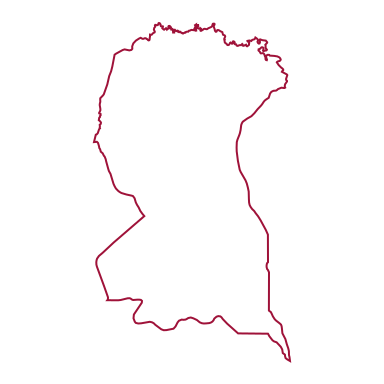 the district of Dambae, Kâmpóng Cham, Cambodia
{"feature_id": "14789045B62933038539463", "entity_name": "Dambae", "entity_type": "district", "adm_level": 2, "iso_a3": "KHM", "parent_name": "Cambodia", "parent_adm1": "Kâmpóng Cham", "projection": "orthographic", "projection_center": [105.919, 12.024], "detail": "fine", "context": "isolated", "style": "outline", "palette": "rose", "viewbox_px": 384, "rotation_deg": 0, "n_neighbors": 0, "source": "geoboundaries", "source_scale": "gbopen_adm2", "svg_char_len": 5785}
<svg xmlns="http://www.w3.org/2000/svg" viewBox="0 0 384 384"><path d="M140.7,37.8L139.3,38.4L135.9,40.6L133.3,43.4L132.2,46.4L132.3,48.8L131.4,49.9L129.4,50.4L124.6,49.4L122.7,50.0L116.0,53.7L114.6,54.7L112.3,66.6L111.1,71.3L109.2,76.1L107.3,84.4L103.8,94.3L103.0,95.4L100.3,98.2L100.2,99.0L100.3,101.9L99.9,103.3L99.7,105.0L100.3,108.5L100.4,110.1L99.8,111.7L99.2,112.6L99.2,113.4L100.6,114.0L100.6,115.4L99.9,116.1L100.0,117.0L99.2,117.8L98.8,120.2L99.6,120.8L100.6,121.9L101.0,122.8L100.6,124.1L99.7,124.8L99.9,126.5L99.7,127.7L100.0,128.3L99.1,129.2L97.8,133.1L96.8,134.3L95.8,134.7L94.0,142.1L96.9,141.8L98.0,142.9L99.0,146.2L99.3,148.0L100.1,149.2L100.8,151.7L102.7,153.3L103.9,155.8L104.6,156.5L105.7,159.2L106.1,161.1L108.3,169.1L108.9,171.0L110.5,173.9L113.5,183.8L114.6,186.2L115.9,188.5L118.2,190.9L119.5,191.9L121.4,193.0L126.4,194.5L131.9,195.7L133.0,196.1L134.6,198.3L135.8,202.4L137.0,204.8L138.7,207.5L140.3,210.9L142.3,213.7L144.3,216.1L113.7,242.5L103.0,252.5L98.9,256.0L97.1,258.6L96.6,260.1L96.3,262.1L96.4,264.6L96.9,266.6L104.2,286.5L108.0,297.3L107.9,299.4L107.3,300.2L118.0,300.3L120.7,300.0L127.6,298.3L129.4,298.2L130.5,298.5L132.0,299.6L133.1,300.0L136.9,299.7L139.5,299.7L140.9,299.9L142.0,300.9L141.8,302.7L133.9,314.5L133.5,318.3L134.8,321.7L135.8,322.9L138.3,323.5L141.2,323.3L149.8,321.8L152.0,322.3L153.7,323.2L155.3,324.8L161.3,329.3L163.7,330.2L166.4,330.1L173.5,328.7L175.5,326.5L177.6,322.4L179.0,320.7L181.7,319.6L183.5,319.8L185.4,319.6L186.4,319.2L188.3,318.0L190.8,317.5L193.3,318.3L196.9,320.0L199.7,322.3L201.8,323.2L203.8,323.5L205.9,323.4L209.2,323.1L210.8,322.6L212.4,321.6L213.5,320.3L214.3,318.6L216.5,316.7L218.3,316.1L220.4,316.4L221.5,317.3L222.8,319.1L227.2,323.7L238.1,333.4L268.0,333.7L269.4,336.3L272.5,340.3L274.0,341.4L276.6,342.3L280.8,346.8L282.2,349.4L282.8,353.1L284.9,354.6L285.1,356.4L285.6,358.1L287.4,359.5L290.0,361.0L289.5,357.1L289.0,355.1L288.9,351.1L288.2,348.2L286.8,344.2L285.4,339.1L282.4,333.3L281.9,328.3L281.6,326.2L281.0,324.6L279.7,323.4L276.1,320.6L274.7,319.2L272.9,316.4L271.5,313.3L270.7,311.9L269.3,311.0L268.9,310.4L269.0,272.3L267.9,269.9L267.1,269.0L266.6,267.0L266.6,265.2L267.0,263.3L268.0,262.2L267.9,234.6L265.8,229.9L260.7,220.5L258.1,216.3L255.6,213.1L254.2,211.0L252.1,209.0L250.6,206.9L249.6,204.9L249.1,202.6L248.9,199.1L248.7,191.6L247.9,187.7L246.8,183.5L245.5,180.3L240.7,172.0L239.7,169.7L237.9,160.8L236.7,151.3L236.6,147.4L236.8,142.1L237.4,139.8L239.3,135.0L239.9,133.2L240.6,130.0L241.2,125.1L241.8,123.4L242.8,121.7L247.3,118.5L251.4,116.2L254.4,113.2L257.6,109.2L261.3,105.3L262.5,103.7L263.5,102.1L264.7,100.6L266.4,99.3L268.7,97.8L270.1,93.5L271.4,91.8L273.4,90.8L276.0,90.6L276.9,90.1L278.0,89.1L281.4,87.7L283.8,88.0L284.5,88.0L285.2,87.6L284.8,86.7L284.8,85.6L285.1,84.2L287.0,81.5L287.0,80.9L286.1,79.8L286.1,78.8L287.3,75.1L286.8,74.4L281.9,71.8L282.4,70.9L283.2,70.2L283.2,69.4L282.3,68.4L281.3,67.7L278.6,65.0L276.8,62.3L277.1,61.9L278.1,61.3L279.6,61.0L280.4,60.3L280.7,59.5L280.3,58.5L279.6,57.6L279.0,57.2L277.3,56.4L274.2,55.9L269.8,55.6L269.2,54.9L268.1,54.8L267.4,54.9L266.2,55.7L266.2,57.4L267.0,59.7L266.8,60.2L265.9,59.9L265.5,59.1L265.5,57.5L264.9,56.2L264.4,54.5L263.7,53.5L263.0,53.1L261.8,53.3L260.7,53.3L260.2,52.6L259.8,51.7L258.5,50.5L258.6,49.3L259.9,48.9L261.3,47.5L262.0,47.2L262.9,47.5L263.4,48.0L263.4,49.5L263.0,50.7L263.4,51.0L263.9,51.0L265.2,50.5L265.9,50.6L266.6,50.2L266.9,49.7L265.6,47.9L265.6,45.6L265.3,44.8L267.1,42.8L267.2,42.3L265.8,40.6L262.5,40.2L261.3,39.8L260.4,39.4L259.9,39.5L259.7,40.4L260.0,42.2L259.5,43.5L258.8,43.6L258.2,43.2L257.6,42.2L257.5,41.6L258.0,40.9L257.8,39.5L256.7,38.4L255.4,37.5L254.9,38.8L254.3,39.3L252.2,39.9L251.3,41.0L249.7,40.5L248.0,40.7L247.4,41.0L247.7,41.5L248.4,41.8L249.2,42.4L249.3,42.9L249.0,43.5L249.0,44.8L248.7,45.2L247.1,46.3L246.6,46.1L246.0,44.7L243.6,45.8L242.7,45.6L242.6,44.4L242.2,44.0L241.6,44.7L240.8,45.1L239.3,45.2L237.8,45.9L237.3,45.9L236.6,45.5L236.2,44.4L234.9,44.2L234.6,43.6L234.7,42.3L234.1,41.6L233.3,41.3L232.9,41.5L232.9,43.0L232.6,43.6L231.9,43.7L230.7,42.5L230.1,42.8L229.4,44.2L228.8,44.9L228.0,45.1L227.4,45.0L226.4,43.6L225.6,43.3L224.8,42.4L224.5,40.5L224.7,39.7L224.3,39.6L224.2,38.9L225.2,36.6L225.1,36.0L224.7,35.4L223.0,34.7L222.3,32.1L220.3,31.2L219.0,30.3L218.0,30.0L217.3,30.1L216.5,31.6L215.9,31.8L215.4,31.4L214.9,30.6L214.7,29.3L213.8,26.9L213.8,26.0L214.3,25.1L214.6,24.1L214.0,23.6L212.9,23.8L212.6,24.3L212.3,25.6L211.9,26.5L211.0,27.1L208.2,28.3L207.2,29.1L206.3,29.2L205.3,28.9L204.4,28.8L203.6,29.1L203.0,29.7L201.2,30.8L200.6,30.8L200.4,30.3L201.2,29.4L201.2,28.9L200.1,28.0L199.5,28.7L198.9,28.7L197.3,27.9L197.0,27.3L198.2,26.3L198.1,25.0L197.5,25.0L196.4,25.8L195.8,25.2L195.9,24.6L195.0,25.2L195.8,26.8L195.2,27.1L194.6,28.3L195.4,28.4L195.5,29.0L196.1,29.4L196.2,30.6L195.5,30.7L194.8,30.3L191.3,29.9L189.9,30.6L189.0,30.7L188.2,31.7L187.2,31.6L185.3,32.2L185.3,32.7L183.4,33.1L183.0,33.5L182.5,33.0L181.9,33.1L180.9,32.5L180.5,31.8L179.8,32.0L178.4,31.1L178.4,31.9L177.3,31.4L176.9,30.9L176.1,31.0L174.8,29.7L174.3,29.9L174.6,31.0L174.2,31.9L174.2,32.5L173.1,32.5L172.9,29.5L172.5,29.0L171.3,29.6L170.7,28.2L171.0,27.4L169.9,26.1L169.4,25.9L168.7,26.0L168.4,26.4L168.5,27.1L169.3,27.9L169.0,28.4L168.3,28.7L167.7,28.6L166.9,29.6L166.0,28.2L164.1,29.7L163.7,29.5L162.3,28.3L162.4,27.7L163.0,26.8L162.8,26.3L161.6,26.4L160.9,26.2L160.5,25.1L160.6,24.5L159.7,23.2L158.9,23.0L158.4,23.4L158.3,24.4L157.7,25.1L156.6,25.2L155.9,24.9L155.2,24.9L154.9,25.4L155.2,26.7L154.2,28.0L153.9,29.7L154.8,31.7L154.6,32.4L153.0,33.2L151.7,34.7L151.2,34.8L150.0,34.6L150.0,36.8L149.8,37.2L149.6,39.4L149.3,40.2L148.5,40.4L147.9,40.0L147.4,39.2L146.6,39.0L145.9,38.3L144.9,38.2L143.4,38.8L142.4,38.8L140.7,37.8Z" fill="none" stroke="#9f1239" stroke-width="2"/></svg>